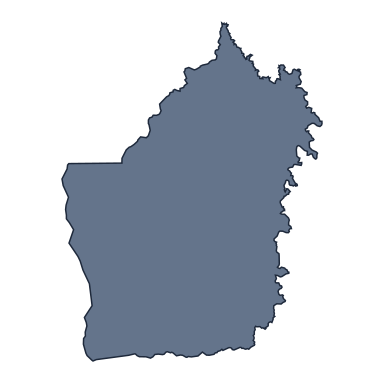 outline of Bonito, Mato Grosso do Sul, Brazil
{"feature_id": "56859067B97300483436171", "entity_name": "Bonito", "entity_type": "district", "adm_level": 2, "iso_a3": "BRA", "parent_name": "Brazil", "parent_adm1": "Mato Grosso do Sul", "projection": "mercator", "projection_center": [-56.337, -20.967], "detail": "fine", "context": "isolated", "style": "filled", "palette": "slate", "viewbox_px": 384, "rotation_deg": 0, "n_neighbors": 0, "source": "geoboundaries", "source_scale": "gbopen_adm2", "svg_char_len": 5927}
<svg xmlns="http://www.w3.org/2000/svg" viewBox="0 0 384 384"><path d="M300.0,69.8L298.9,69.2L297.8,69.4L296.9,70.5L294.3,69.2L293.1,69.7L291.9,73.4L289.6,74.3L288.2,73.7L286.9,71.9L285.4,71.7L284.9,70.3L283.6,70.2L284.0,68.8L285.1,67.6L283.5,65.1L280.8,65.0L279.9,65.9L279.0,65.6L279.3,66.7L278.4,67.7L279.6,67.9L279.9,69.2L278.8,70.3L278.8,71.8L280.2,74.1L279.0,74.5L280.2,76.4L280.0,77.6L280.4,79.7L277.8,78.6L276.9,78.8L276.5,80.3L275.4,81.3L275.3,83.3L274.0,83.4L269.5,80.6L269.3,79.1L270.0,77.8L268.8,78.1L268.3,76.6L266.3,77.7L262.9,76.9L262.1,77.5L262.8,78.7L259.8,78.5L259.7,76.5L257.7,75.9L257.5,72.2L258.8,71.2L258.1,70.1L256.9,69.7L255.4,70.3L255.6,68.9L253.2,65.9L253.5,64.1L252.2,63.4L252.9,62.6L252.8,61.4L249.8,60.9L249.0,60.3L250.0,56.9L252.2,55.2L250.4,54.4L248.2,56.2L247.1,56.3L246.5,57.7L246.9,59.0L245.9,59.4L245.6,58.3L244.3,57.6L244.2,56.3L243.1,55.7L243.9,54.1L243.0,53.3L241.7,53.2L241.8,51.8L240.5,49.7L240.9,48.4L239.7,48.3L238.6,47.4L237.0,47.2L236.0,44.5L235.0,43.8L234.1,44.5L233.9,42.8L233.0,42.1L234.6,40.8L233.6,39.8L231.0,39.6L230.6,38.3L231.1,37.5L229.2,34.5L229.9,33.6L228.4,32.4L228.2,30.9L226.4,27.8L226.5,26.4L227.6,26.2L228.1,24.8L226.9,24.7L226.5,23.4L225.1,24.4L224.2,24.3L224.0,23.3L223.0,24.0L221.8,23.0L222.3,26.4L220.9,28.4L220.8,30.5L220.0,31.5L220.2,34.0L220.9,36.3L218.4,41.2L218.3,42.4L220.3,44.6L218.5,47.0L218.8,48.7L217.7,49.9L216.5,49.9L215.5,50.6L215.2,51.8L215.1,53.4L216.9,55.6L216.4,58.8L215.2,59.9L212.0,60.3L209.5,62.0L208.7,63.3L207.5,64.0L202.6,65.1L200.3,66.2L200.0,67.1L196.2,69.3L194.3,69.9L188.8,67.5L185.3,68.7L184.8,71.1L184.0,71.9L186.6,78.3L184.9,79.9L187.3,83.4L184.4,85.6L183.6,87.5L180.1,88.5L180.0,91.2L176.8,90.4L174.8,89.4L173.2,90.3L173.1,91.8L169.9,92.8L169.6,94.5L168.7,95.7L166.6,96.8L159.6,104.1L160.4,109.0L161.1,110.7L159.8,113.5L159.0,114.4L156.6,115.3L153.2,115.2L152.0,117.1L149.6,117.9L148.4,120.0L148.4,123.6L149.0,124.6L150.2,130.4L148.3,135.8L146.3,137.7L140.6,136.9L137.9,139.9L137.5,141.3L134.0,144.5L130.8,146.7L129.2,147.2L126.3,149.8L122.0,158.3L121.9,163.1L68.8,163.6L67.6,165.0L67.1,169.0L62.0,179.0L63.2,185.6L68.5,197.2L66.1,205.1L65.6,209.6L66.4,215.1L66.4,218.8L69.4,222.7L73.6,229.7L69.0,243.1L78.0,256.5L80.2,261.1L83.0,270.1L89.4,283.7L92.1,305.7L84.4,317.5L86.3,322.5L86.9,326.0L85.2,332.1L85.4,336.1L83.6,338.5L83.4,344.2L85.9,353.1L87.1,355.6L92.0,360.3L93.0,361.0L96.3,359.6L128.6,355.3L134.4,353.9L135.5,354.0L137.2,355.7L139.4,356.7L146.0,356.8L150.5,358.1L152.9,356.8L154.8,354.5L158.2,354.1L162.6,354.6L164.1,354.2L165.9,352.2L167.3,351.7L170.6,352.8L171.6,352.3L172.8,352.7L176.5,355.8L180.4,355.0L182.7,355.3L185.8,357.1L186.9,357.3L188.3,356.5L191.4,356.9L198.0,356.0L202.4,352.1L206.5,355.1L209.5,355.2L214.0,354.3L215.3,352.8L216.9,352.7L217.8,351.4L220.2,350.7L221.9,349.3L222.9,350.4L229.0,347.6L230.6,347.7L231.7,348.4L232.3,349.6L234.0,350.0L239.9,347.4L241.0,347.4L241.9,348.4L243.1,348.2L244.9,349.0L245.8,349.2L247.3,348.6L248.8,349.2L250.8,347.2L254.4,345.2L254.7,344.2L254.1,343.4L254.7,342.1L253.2,340.5L254.0,338.8L254.1,337.6L253.3,335.4L254.3,334.4L254.3,331.3L255.2,329.7L254.7,327.7L255.6,326.3L256.8,326.8L260.0,326.6L261.6,328.1L262.9,327.8L265.1,329.2L265.9,328.5L265.3,327.8L267.9,326.2L268.3,325.1L268.1,323.7L269.0,322.4L270.5,321.8L271.9,322.5L273.1,319.3L273.1,317.8L274.8,316.4L273.9,315.7L274.4,313.2L273.9,312.0L274.2,310.0L273.6,308.5L273.8,305.7L276.7,303.8L281.2,304.0L283.1,302.4L285.1,301.5L285.4,300.5L283.5,298.7L282.7,296.6L283.3,295.5L282.5,294.9L280.0,295.3L278.9,294.3L278.1,291.5L278.5,290.2L279.7,289.0L281.2,288.4L282.0,287.2L281.5,285.9L280.0,285.7L278.7,282.9L276.1,282.9L275.4,282.2L275.2,280.9L276.4,278.6L275.4,275.2L277.6,275.5L280.2,276.9L281.8,276.6L286.0,273.9L288.8,273.3L288.9,272.2L287.8,271.8L286.9,269.8L285.5,269.2L284.7,268.1L281.4,267.2L280.0,268.5L278.4,268.1L277.4,267.2L278.9,265.4L279.3,263.9L279.1,254.9L278.9,253.6L276.8,252.1L276.3,250.8L276.9,246.5L276.3,245.6L276.5,244.5L276.0,243.3L276.6,242.2L275.0,241.6L274.0,240.5L274.1,238.9L277.2,236.0L278.7,232.1L279.9,231.1L282.8,231.2L286.1,232.6L288.3,232.7L289.3,231.6L288.8,230.4L289.4,229.4L290.1,228.7L291.4,228.6L290.8,226.5L288.6,224.9L288.7,222.1L289.3,220.1L288.5,218.0L284.6,214.2L281.9,214.2L280.4,213.5L281.2,212.2L282.7,211.5L283.4,210.5L284.6,210.6L284.5,209.1L283.5,208.6L283.4,206.8L282.2,207.1L280.2,202.7L280.3,201.1L283.9,197.5L284.0,196.3L285.4,196.0L287.0,194.4L288.6,194.2L289.0,192.5L290.2,191.6L287.8,188.9L286.7,188.8L285.2,191.9L284.7,191.0L284.3,189.6L285.0,188.5L284.3,187.1L284.0,185.3L285.5,182.5L285.7,181.1L286.5,180.2L287.8,180.3L288.9,181.3L289.3,184.4L290.1,185.3L292.2,185.4L293.3,186.0L295.3,184.9L295.8,186.1L297.3,185.6L297.1,184.3L295.1,183.0L292.4,178.2L293.1,176.8L292.7,175.6L290.7,175.6L291.4,173.1L290.5,172.5L290.0,171.3L287.8,169.7L288.2,168.5L289.5,167.6L292.6,167.1L293.9,164.6L295.1,164.4L301.1,165.4L301.7,163.9L301.7,162.5L298.2,162.9L298.1,161.8L299.1,160.8L299.8,158.1L298.8,157.9L296.8,156.0L296.3,149.7L296.8,146.8L297.6,145.9L298.7,145.6L300.1,146.3L304.5,150.4L307.4,151.4L307.2,155.2L308.6,155.2L310.7,153.9L312.2,154.1L313.3,157.1L314.8,158.6L315.8,159.1L316.8,157.9L316.9,154.7L317.5,153.2L316.3,152.0L312.0,150.0L309.5,147.4L309.2,142.1L310.7,140.9L313.0,140.5L313.9,139.6L313.2,138.4L312.0,137.9L311.2,135.7L308.4,132.8L308.8,131.0L307.8,130.9L306.5,131.7L305.6,130.5L305.3,129.1L307.3,128.0L308.0,125.7L312.0,123.3L314.2,123.4L317.2,125.8L319.9,126.5L321.5,125.2L322.0,123.7L321.9,121.3L320.1,121.3L318.6,117.7L315.0,114.4L314.8,112.8L313.6,112.4L312.3,113.0L311.1,112.6L311.7,108.4L308.8,107.3L306.6,108.1L305.7,106.5L307.6,104.6L307.6,101.8L304.9,99.9L303.9,97.2L304.0,95.5L306.9,94.6L307.1,92.5L304.8,91.7L301.7,88.1L298.7,87.6L296.2,87.8L296.8,86.4L296.3,85.5L300.3,84.2L301.2,81.6L299.1,77.9L299.0,76.7L299.7,75.3L300.8,74.6L300.5,72.1L298.1,70.9L299.2,70.6L300.0,69.8Z" fill="#64748b" stroke="#1e293b" stroke-width="1.5"/></svg>